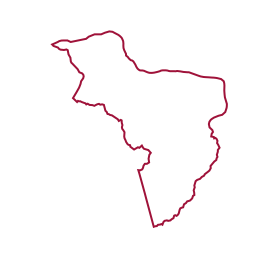 Triunfo, Rio Grande do Sul, Brazil, rotated 194°
{"feature_id": "56859067B51125983090537", "entity_name": "Triunfo", "entity_type": "district", "adm_level": 2, "iso_a3": "BRA", "parent_name": "Brazil", "parent_adm1": "Rio Grande do Sul", "projection": "equal_earth", "projection_center": [-51.557, -29.812], "detail": "fine", "context": "isolated", "style": "outline", "palette": "rose", "viewbox_px": 256, "rotation_deg": 194, "n_neighbors": 0, "source": "geoboundaries", "source_scale": "gbopen_adm2", "svg_char_len": 3055}
<svg xmlns="http://www.w3.org/2000/svg" viewBox="0 0 256 256"><g transform="rotate(194 128 128)"><path d="M157.8,215.1L159.8,216.0L161.5,216.4L164.0,217.0L166.3,217.6L169.5,217.2L171.0,216.3L173.4,214.9L176.7,212.4L183.1,210.8L188.2,207.1L190.2,204.4L204.4,197.6L208.0,198.3L209.5,197.9L211.5,197.4L213.6,196.8L215.7,195.7L216.8,194.6L219.8,192.2L221.8,190.7L220.1,189.6L217.3,189.3L215.4,189.1L214.1,188.1L212.5,187.7L209.0,188.2L206.7,189.3L205.3,188.9L203.5,185.0L200.9,182.3L199.6,178.8L198.8,177.7L197.7,177.1L191.1,172.9L188.7,170.3L185.7,169.9L184.2,168.8L183.5,167.4L183.5,165.4L184.8,162.0L184.7,159.3L185.2,155.4L186.6,150.3L188.6,143.7L183.7,140.9L183.1,142.2L182.0,142.0L180.9,142.4L179.1,142.0L175.1,141.6L174.2,140.8L173.0,141.8L170.9,141.1L168.1,141.6L166.0,141.4L164.6,142.7L163.5,143.6L162.0,144.4L160.6,143.9L158.8,144.7L157.0,144.6L155.3,141.5L154.1,139.3L152.5,138.4L151.3,136.7L150.0,136.8L148.5,136.3L146.7,136.4L140.0,134.0L138.6,132.6L137.0,134.1L136.0,133.8L135.3,131.5L134.1,129.5L134.1,127.3L133.4,125.8L132.2,124.9L130.4,123.1L129.6,118.8L128.8,117.1L127.5,115.6L126.5,114.1L124.6,112.3L123.5,111.8L121.8,111.8L121.2,110.4L118.8,109.4L116.9,108.6L113.7,111.7L112.2,111.5L110.3,114.3L108.8,112.7L107.5,111.7L102.9,111.5L99.9,109.4L100.8,107.2L100.6,103.2L99.2,99.7L100.9,97.9L103.0,97.3L103.8,95.2L103.8,92.9L104.2,91.3L105.9,89.9L107.8,89.6L106.0,86.6L95.9,68.7L93.5,64.3L79.1,38.4L77.7,39.3L76.3,39.8L75.5,41.3L73.4,42.1L72.4,42.9L71.2,42.5L70.8,45.5L70.0,46.8L67.9,47.8L66.6,47.6L64.5,48.6L63.7,49.9L62.1,51.5L62.0,54.1L61.1,54.8L59.6,54.5L58.7,55.7L58.1,57.3L58.1,61.3L57.8,62.7L56.7,63.6L55.3,64.4L55.2,67.5L53.6,69.2L52.8,71.2L51.7,71.7L50.2,72.7L48.7,75.2L48.5,77.9L47.4,79.0L48.1,81.2L49.2,83.5L48.9,86.6L49.7,88.2L49.5,92.8L48.3,94.4L45.8,96.1L44.6,98.3L42.6,100.2L42.4,101.6L41.5,102.8L40.1,104.5L38.7,106.4L38.0,109.0L38.7,111.1L37.4,113.8L36.2,116.3L34.6,118.3L34.7,120.1L34.2,121.6L35.3,123.5L35.1,126.6L35.5,128.5L34.4,131.0L36.5,133.6L37.9,134.9L38.1,137.2L39.5,138.9L40.8,139.5L41.9,138.8L42.5,140.0L45.2,139.9L45.4,142.6L44.6,144.7L45.7,146.4L49.0,148.3L50.5,151.4L50.5,153.8L49.6,156.1L48.7,157.2L47.1,158.9L43.1,161.8L39.8,163.6L37.5,167.0L37.2,171.4L37.4,173.1L37.9,175.3L41.4,181.2L42.4,183.9L43.6,187.5L44.7,192.5L45.4,194.6L46.4,196.5L47.8,197.2L49.5,198.0L50.6,198.0L52.1,198.0L53.4,198.0L54.8,197.9L57.0,197.6L59.0,197.2L62.5,196.6L65.1,196.1L66.9,195.8L70.0,195.6L72.5,195.8L82.3,196.8L84.2,196.4L87.8,195.8L90.9,195.6L94.1,195.2L95.5,194.6L97.6,194.1L99.4,193.7L100.8,193.3L102.3,193.2L103.4,193.3L104.5,193.2L105.8,193.0L106.9,192.7L108.4,192.3L109.8,191.7L110.9,190.8L112.4,189.9L114.1,189.0L116.1,188.0L118.3,187.2L120.7,186.7L122.7,186.8L124.7,187.1L126.3,187.4L127.9,187.3L129.2,187.0L130.3,186.8L131.5,187.1L133.1,187.9L134.8,189.5L136.2,191.3L138.9,193.9L140.3,194.5L141.8,194.5L144.0,195.7L145.4,196.9L147.4,197.8L147.9,199.5L149.1,200.9L150.5,202.6L151.7,204.5L152.4,206.7L152.9,208.9L153.7,211.1L154.8,212.6L156.0,214.0L157.8,215.1Z" fill="none" stroke="#9f1239" stroke-width="2"/></g></svg>